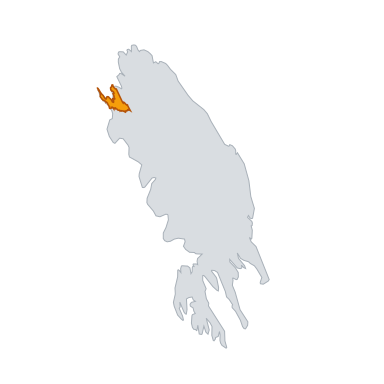 location of Langanesbyggð, Norðurland eystra, Iceland, rotated 250°
{"feature_id": "244011B59191424948734", "entity_name": "Langanesbyggð", "entity_type": "district", "adm_level": 2, "iso_a3": "ISL", "parent_name": "Iceland", "parent_adm1": "Norðurland eystra", "projection": "natural_earth1", "projection_center": [-15.117, 66.073], "detail": "fine", "context": "in_parent", "style": "filled", "palette": "amber", "viewbox_px": 384, "rotation_deg": 250, "n_neighbors": 0, "source": "geoboundaries", "source_scale": "gbopen_adm2", "svg_char_len": 8044}
<svg xmlns="http://www.w3.org/2000/svg" viewBox="0 0 384 384"><g transform="rotate(250 192 192)"><path d="M292.8,144.3L296.1,144.4L301.5,143.1L309.3,139.4L312.6,138.6L320.1,138.6L311.0,142.2L307.6,146.2L305.1,148.1L305.1,149.0L311.5,151.4L314.6,150.6L316.0,150.9L317.2,152.1L318.0,154.3L317.5,156.7L315.6,159.0L313.1,161.0L313.5,161.6L315.5,161.9L326.1,160.8L327.3,163.7L328.2,164.6L327.9,165.6L323.7,168.7L328.7,166.7L332.6,166.2L339.3,167.2L342.1,168.3L343.7,170.3L347.0,169.7L348.6,170.8L348.6,172.0L347.2,175.3L343.2,177.0L345.6,179.4L347.6,179.4L348.0,180.0L347.8,181.4L344.7,183.1L349.8,184.9L350.4,185.6L350.1,187.7L349.3,189.0L347.8,189.7L344.1,189.8L341.9,190.6L342.7,191.9L342.0,195.5L339.1,198.5L336.4,200.0L333.8,201.1L326.5,199.9L326.8,202.5L324.1,204.0L324.6,205.4L325.6,206.0L325.1,207.7L321.8,211.2L319.4,212.3L314.7,213.7L307.9,216.9L301.0,216.9L284.1,221.4L277.4,223.9L265.4,231.3L260.3,233.2L251.6,234.1L225.6,239.0L222.6,241.9L222.5,242.6L223.6,243.7L221.6,245.8L217.6,247.3L215.8,247.2L212.6,246.0L212.2,246.6L213.4,248.1L200.6,250.7L183.1,249.3L167.6,245.7L155.2,245.0L146.7,240.0L146.5,239.2L147.5,237.7L150.6,237.0L149.2,235.5L143.8,238.2L142.1,238.1L139.9,237.0L139.9,236.0L135.5,235.6L128.0,232.4L127.5,231.6L129.3,230.6L129.0,230.4L124.9,230.6L118.8,233.5L83.3,234.6L82.2,233.1L81.0,227.4L82.4,224.9L83.8,225.2L87.8,228.4L97.4,226.6L101.3,225.4L105.0,222.3L107.1,221.3L110.1,217.3L113.1,214.9L119.2,213.7L113.8,213.0L104.8,216.2L101.8,216.2L103.2,214.8L106.4,213.3L104.3,213.2L103.5,212.5L103.5,211.0L105.1,208.6L115.8,204.4L113.4,203.6L106.0,206.8L100.6,207.9L96.3,206.5L94.4,204.5L94.5,203.6L97.2,201.1L96.8,200.6L95.1,200.4L90.5,198.0L83.1,198.3L64.9,196.9L50.9,200.1L47.7,198.7L45.1,195.5L45.8,194.2L48.2,193.5L55.0,193.6L65.0,192.1L69.6,190.2L71.3,190.7L72.1,191.6L78.3,190.2L81.6,188.6L87.1,189.3L107.7,188.5L110.5,186.3L111.7,183.8L111.2,183.2L103.5,185.6L101.8,185.6L93.1,184.3L90.0,182.9L91.1,181.8L95.9,179.3L107.9,175.3L109.6,174.5L109.8,173.5L105.2,171.8L96.3,172.2L94.1,170.2L86.8,169.0L81.8,169.7L79.3,168.5L50.0,175.0L40.8,172.0L34.1,171.5L33.6,170.6L37.6,167.7L40.3,167.2L43.0,167.5L48.0,169.5L51.5,170.1L47.3,167.2L47.2,164.4L45.9,163.7L44.6,161.8L45.2,161.2L50.5,161.6L58.8,164.8L63.0,164.2L68.5,162.2L56.5,161.0L52.9,158.4L55.6,157.1L61.9,157.3L55.1,152.9L54.9,152.2L56.1,150.2L64.8,151.9L60.3,149.3L60.2,148.8L61.6,148.3L62.4,146.7L64.6,146.1L69.0,146.6L75.7,149.6L76.6,150.4L76.7,153.5L79.4,153.0L82.6,153.4L85.4,151.4L87.2,151.8L88.5,153.7L88.1,157.8L90.1,156.3L93.3,156.2L93.9,152.9L93.4,150.2L83.2,147.1L79.2,144.9L79.7,144.1L81.8,143.4L92.7,142.9L88.1,141.6L87.0,140.2L78.7,140.7L74.6,140.2L74.5,139.5L76.2,138.5L81.3,136.4L90.8,136.2L94.7,136.8L101.8,141.4L107.6,143.2L117.2,149.5L123.4,151.9L123.6,152.5L122.6,153.2L120.1,154.0L123.8,155.1L126.0,156.7L126.1,157.4L123.9,162.5L121.4,164.1L115.6,163.1L116.9,164.8L121.0,166.5L121.9,167.4L121.3,168.4L123.3,168.1L123.9,168.6L122.9,171.5L121.8,172.5L125.2,173.1L127.6,174.5L130.2,180.3L132.0,175.8L132.9,174.2L134.3,173.6L136.2,169.1L140.2,166.4L143.9,165.4L147.6,168.5L150.3,168.9L153.3,163.3L153.8,159.3L153.1,154.8L153.7,151.6L155.6,149.7L158.1,149.1L163.3,151.0L167.5,155.4L173.9,160.3L178.5,161.5L179.3,161.3L180.1,159.7L179.7,153.4L181.9,150.0L187.3,149.2L195.6,146.1L197.5,146.0L201.5,147.7L208.6,154.1L213.7,157.1L216.3,161.9L217.5,162.8L218.6,161.3L218.8,159.2L212.7,149.3L212.7,148.0L213.3,146.9L224.6,147.5L227.1,148.6L234.7,154.1L238.6,151.9L246.3,145.2L249.0,145.5L255.4,148.1L258.0,147.9L265.6,145.5L267.3,142.4L264.1,136.2L265.5,134.9L272.5,133.3L280.1,133.6L287.9,139.4L288.2,142.2L292.8,144.3Z" fill="#d9dde1" stroke="#a8b0b8" stroke-width="1"/><path d="M289.5,161.9L292.2,161.5L295.1,161.1L295.4,161.0L295.7,161.2L295.8,161.2L296.0,161.1L296.1,160.9L296.3,160.8L296.3,160.7L296.2,160.6L296.1,160.4L296.9,160.0L297.0,159.8L297.6,159.6L298.0,159.5L298.1,159.3L298.4,159.3L298.5,159.3L298.8,159.2L299.3,159.0L299.4,158.6L299.5,158.5L299.4,158.4L299.6,158.3L299.8,158.2L299.2,157.7L300.4,157.4L304.7,157.0L314.7,156.1L314.9,155.7L315.1,155.3L315.1,155.2L315.9,154.9L316.5,154.5L317.7,154.1L318.8,154.1L319.1,154.0L319.4,154.1L319.8,154.1L319.8,153.9L319.7,153.8L319.8,153.5L319.7,153.5L319.7,153.3L319.6,153.1L319.3,152.9L318.8,152.8L318.6,152.7L318.5,152.4L318.3,152.2L318.3,151.9L318.1,151.8L318.0,151.7L317.9,151.4L317.9,151.2L317.6,151.1L317.4,151.0L317.2,150.9L316.3,150.7L316.2,150.7L315.9,150.7L315.7,150.8L315.6,150.7L315.5,150.8L315.4,150.9L315.3,151.0L315.1,151.1L314.9,151.1L314.7,151.1L314.5,151.3L314.3,151.2L314.2,151.4L313.9,151.8L313.7,152.0L313.3,152.3L313.2,152.3L312.8,152.4L312.4,152.4L312.5,152.5L312.7,152.4L312.6,152.5L312.4,152.4L312.2,152.5L312.1,152.4L312.3,152.4L311.7,152.3L311.6,152.1L311.6,151.9L311.4,151.7L311.3,151.8L311.3,151.7L311.2,151.5L311.2,151.4L311.0,151.5L310.8,151.5L310.5,151.5L310.3,151.5L310.1,151.6L309.9,151.5L309.6,151.6L309.4,151.6L309.2,151.5L308.9,151.6L308.7,151.6L308.4,151.5L308.4,151.4L308.3,151.2L308.2,151.2L307.6,151.1L306.2,151.4L305.8,151.2L305.7,151.1L306.4,150.6L306.6,150.4L306.7,150.2L306.5,149.9L306.6,149.5L306.8,149.3L306.6,149.2L306.0,149.3L305.7,149.3L305.4,149.4L305.0,149.5L304.2,149.5L304.0,149.4L303.9,149.2L303.7,149.1L303.3,149.0L303.1,148.9L303.3,148.5L303.6,148.4L303.8,148.2L304.0,148.0L304.1,147.9L305.2,147.9L306.1,147.7L307.5,147.2L307.9,146.9L308.4,146.7L308.6,146.6L309.1,146.4L309.3,146.3L309.5,146.3L309.6,146.2L309.9,146.1L310.2,145.8L310.3,145.7L310.4,145.4L310.5,145.2L310.6,144.8L310.6,144.7L310.4,144.5L310.3,144.4L310.2,144.3L309.6,143.9L309.3,143.5L309.0,143.3L308.8,143.2L308.7,143.1L308.8,142.8L308.9,142.7L309.4,142.3L310.0,142.1L310.3,142.1L310.7,142.0L310.8,141.9L311.3,141.9L312.0,141.7L312.5,141.7L313.2,141.5L313.4,141.4L314.1,141.0L314.2,140.9L314.4,140.8L314.9,140.6L315.1,140.5L315.3,140.6L315.7,140.4L316.4,140.2L316.9,140.1L317.1,140.0L317.4,140.0L317.8,139.8L319.4,139.7L319.7,139.5L320.8,139.3L321.2,139.2L321.8,138.9L322.0,138.8L322.0,138.7L321.7,138.7L320.7,138.8L319.6,138.8L319.2,138.9L317.8,139.4L317.0,139.4L316.3,139.4L315.4,139.3L315.2,139.3L314.8,139.1L314.3,138.9L313.8,138.8L313.6,138.6L313.4,138.4L312.6,138.4L311.9,138.7L311.5,138.8L311.2,138.9L310.4,139.0L309.9,139.3L309.5,139.6L309.2,139.7L308.4,139.8L308.3,140.2L308.2,140.4L308.1,140.7L307.9,140.9L307.3,141.2L307.4,141.3L307.2,141.5L306.6,141.8L306.3,141.9L306.2,141.9L306.0,142.0L305.7,142.0L305.5,141.9L305.5,142.1L305.7,142.4L305.4,142.6L305.0,142.8L304.1,143.0L303.7,143.0L303.5,142.9L301.8,143.3L301.3,143.4L300.9,143.4L300.5,143.4L300.2,143.4L299.8,143.3L299.6,143.2L299.4,143.1L299.2,143.2L298.8,143.2L298.7,143.3L298.8,143.4L298.6,143.6L298.4,144.0L298.4,144.3L298.6,144.6L298.5,144.8L298.4,144.9L298.4,145.0L298.5,145.0L298.7,145.3L298.6,145.5L298.8,145.5L298.7,145.6L298.9,145.5L299.0,145.6L299.0,145.8L298.9,145.9L298.9,146.1L298.7,146.1L298.7,146.3L298.5,146.5L298.4,146.6L296.9,146.9L297.7,147.2L297.7,147.3L297.6,147.5L297.1,147.7L297.0,147.8L296.8,147.9L296.5,148.1L296.7,148.3L297.1,148.2L297.3,148.2L297.3,148.3L297.1,148.4L297.1,148.6L297.1,148.8L296.8,148.8L296.6,148.8L296.4,148.9L296.4,149.0L296.2,149.0L295.8,149.5L295.4,150.0L295.2,150.0L294.8,150.1L294.7,150.1L294.4,150.3L294.3,150.5L294.1,150.7L294.1,150.8L293.9,151.0L293.8,151.3L293.7,151.5L293.4,151.8L293.5,151.8L293.5,152.0L293.4,152.1L293.2,152.1L293.3,152.2L293.0,152.4L292.9,152.4L292.7,152.6L292.6,152.8L292.4,153.0L292.2,153.3L292.4,153.5L292.5,153.6L292.4,153.8L292.3,154.0L292.1,154.2L292.1,154.3L291.9,154.5L291.7,154.7L291.7,154.8L291.5,155.0L291.5,155.3L291.3,155.4L291.1,155.6L290.9,155.7L290.8,155.8L290.7,156.0L290.2,156.3L290.0,156.5L290.3,156.6L290.5,156.7L290.6,156.8L290.8,156.9L290.7,157.0L290.6,157.3L290.5,157.5L290.8,157.6L290.8,157.8L290.7,157.8L290.8,157.9L290.8,158.0L290.7,158.3L290.8,158.4L290.8,158.5L290.7,158.6L290.7,158.8L290.6,159.0L290.8,159.1L290.9,159.3L291.0,159.6L291.3,159.7L291.3,159.8L291.3,160.0L290.9,160.1L290.6,160.3L290.7,160.5L290.9,160.6L291.0,160.7L289.5,161.9Z" fill="#f59e0b" stroke="#b45309" stroke-width="1.5"/></g></svg>